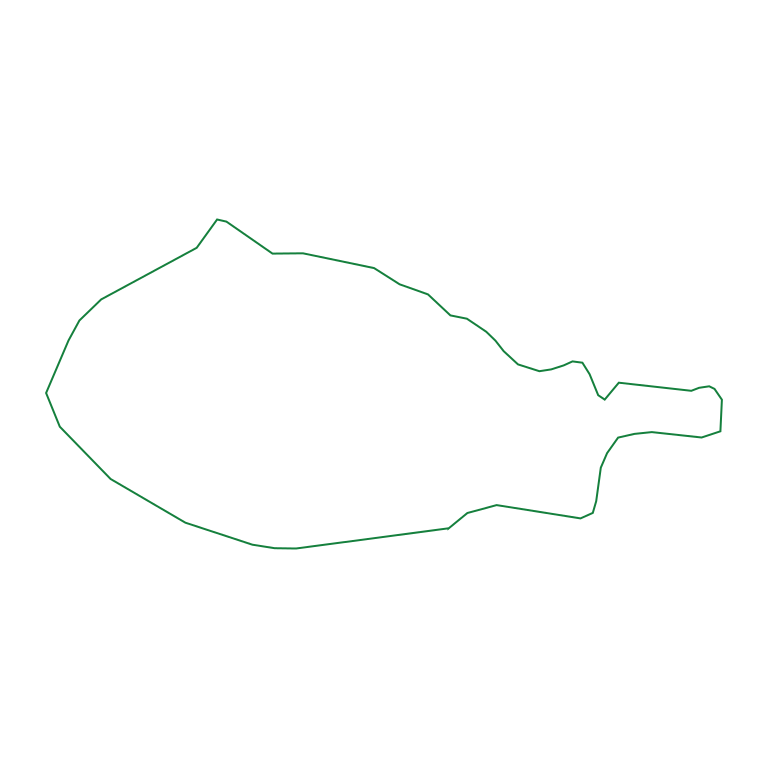 Bohinj, Albers equal-area conic projection
{"feature_id": "SVN-1009", "entity_name": "Bohinj", "entity_type": "Municipality", "adm_level": 1, "iso_a3": "SVN", "parent_name": "Slovenia", "parent_adm1": "", "projection": "albers", "projection_center": [14.006, 46.306], "detail": "fine", "context": "isolated", "style": "outline", "palette": "green", "viewbox_px": 768, "rotation_deg": 0, "n_neighbors": 0, "source": "natural_earth", "source_scale": "10m", "svg_char_len": 759}
<svg xmlns="http://www.w3.org/2000/svg" viewBox="0 0 768 768"><path d="M720.4,431.3L701.6,437.5L651.8,432.1L634.4,433.9L618.1,437.6L607.1,453.1L600.8,467.7L596.2,501.2L592.8,512.9L580.5,518.4L496.6,505.1L467.4,513.0L448.5,528.5L448.5,528.3L296.0,548.5L274.6,548.2L252.4,544.7L185.4,522.7L110.6,479.0L59.8,426.7L46.1,393.0L68.5,340.5L79.4,320.5L101.2,299.4L196.7,247.8L217.1,219.5L226.4,221.6L272.5,253.6L302.9,253.3L374.1,268.1L399.6,284.3L428.0,294.4L450.4,315.4L466.9,318.7L486.3,331.8L495.4,340.6L503.7,351.2L518.0,364.4L539.4,371.2L551.2,369.4L563.7,365.4L572.5,361.4L582.4,362.7L589.6,374.2L598.2,395.2L604.7,399.6L618.8,382.7L691.3,390.8L699.1,387.8L709.2,386.3L714.5,388.9L721.9,399.7L720.4,431.3Z" fill="none" stroke="#15803d" stroke-width="2"/></svg>